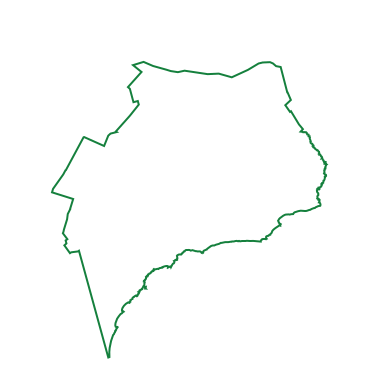 the district of Ravensthorpe, Western Australia, Australia, rotated 345°
{"feature_id": "25037944B73720065991414", "entity_name": "Ravensthorpe", "entity_type": "district", "adm_level": 2, "iso_a3": "AUS", "parent_name": "Australia", "parent_adm1": "Western Australia", "projection": "orthographic", "projection_center": [120.16, -33.684], "detail": "fine", "context": "isolated", "style": "outline", "palette": "green", "viewbox_px": 384, "rotation_deg": 345, "n_neighbors": 0, "source": "geoboundaries", "source_scale": "gbopen_adm2", "svg_char_len": 6038}
<svg xmlns="http://www.w3.org/2000/svg" viewBox="0 0 384 384"><g transform="rotate(345 192 192)"><path d="M178.9,53.8L167.9,54.2L174.3,63.0L157.3,74.1L158.7,76.3L158.7,90.1L163.2,90.1L163.2,93.8L151.8,102.2L134.0,113.9L134.7,114.6L128.4,114.5L125.7,115.9L119.0,124.8L102.0,111.0L101.4,111.1L75.8,138.3L75.4,138.3L72.2,141.7L58.6,153.0L56.7,156.1L75.4,168.0L69.7,177.1L69.8,177.2L66.3,181.1L64.3,186.0L58.6,195.1L57.4,197.4L56.6,198.4L59.4,205.3L57.4,206.1L57.4,209.2L54.9,210.5L58.3,219.5L59.7,219.0L66.6,219.9L67.6,219.5L68.3,330.2L69.5,330.1L70.7,325.2L72.1,321.3L75.3,314.9L78.8,309.7L79.7,309.2L80.7,307.9L81.3,307.5L81.7,306.5L82.4,306.3L82.6,306.0L82.5,305.8L83.0,305.5L83.2,305.0L85.2,303.3L85.1,303.1L83.9,303.1L83.8,302.6L83.4,302.3L83.4,300.9L84.2,298.8L86.9,295.0L89.1,293.1L91.4,291.4L92.9,291.0L94.2,290.1L95.0,289.9L94.7,289.4L93.8,289.3L93.7,288.8L93.7,288.1L94.1,287.2L94.9,286.0L96.8,284.3L99.2,282.9L101.8,282.1L102.3,282.2L102.5,282.7L102.7,282.8L102.8,282.4L103.3,282.0L103.9,282.1L104.0,281.5L104.4,281.2L104.5,280.6L105.0,280.6L105.5,280.2L106.1,280.3L106.0,280.5L106.5,279.9L106.8,279.9L107.1,279.0L108.3,278.3L108.7,278.4L109.2,278.0L110.8,277.5L111.4,278.1L111.5,277.9L112.1,278.1L112.2,277.9L112.4,278.1L112.6,278.0L113.5,276.6L113.9,276.3L114.0,276.5L114.4,276.3L114.5,275.9L114.4,275.0L114.6,275.0L114.5,274.8L115.3,274.8L115.6,274.5L115.6,273.7L115.8,273.5L116.4,273.3L116.6,273.6L117.1,273.2L117.8,273.2L118.4,272.6L118.8,272.8L120.6,270.5L121.0,270.4L121.1,270.2L121.7,270.2L122.3,268.1L122.9,267.2L122.7,266.5L122.5,266.3L122.9,266.1L122.8,265.4L123.1,265.4L123.2,265.1L123.9,264.9L124.0,264.5L125.1,263.9L125.4,262.9L125.8,262.7L125.9,262.4L125.7,262.0L127.4,261.0L127.7,261.0L127.8,261.4L128.1,261.1L128.2,260.8L128.0,260.6L128.2,260.3L129.1,260.4L129.1,260.7L129.5,259.8L130.6,259.7L131.0,259.4L131.0,259.5L131.9,259.1L133.5,257.8L133.8,257.8L133.7,258.2L134.0,258.3L134.7,257.2L134.9,257.7L135.4,257.2L135.5,257.5L136.2,257.2L138.9,257.3L139.7,257.7L140.8,257.1L142.7,257.3L143.0,257.1L143.5,257.3L143.9,257.0L144.1,257.3L145.6,256.7L147.9,256.8L149.0,257.1L149.5,257.5L149.8,257.8L149.4,258.4L149.6,258.4L149.5,258.7L150.9,258.3L151.3,258.4L151.5,258.7L152.4,258.3L152.4,259.0L154.1,257.1L155.1,256.3L156.0,256.2L156.5,255.7L157.0,254.8L156.8,254.0L157.3,254.0L158.3,253.3L159.4,253.3L159.5,253.7L159.9,253.7L159.9,253.4L160.5,252.8L160.3,252.5L160.9,251.3L160.9,249.8L161.3,249.4L162.9,249.0L164.4,249.2L165.1,249.6L165.7,249.2L165.9,249.3L166.9,248.4L167.1,248.5L168.2,247.9L168.4,247.5L169.0,247.2L169.5,247.4L170.6,246.6L171.3,246.5L174.1,247.2L174.8,247.5L175.6,248.3L177.4,248.3L180.4,250.2L181.0,250.3L182.1,250.9L184.3,251.4L185.3,252.4L185.5,253.2L186.8,253.0L186.9,253.6L187.1,253.5L187.0,252.8L188.2,251.8L191.1,251.3L191.3,251.4L192.0,250.8L196.4,249.1L198.0,249.0L199.7,249.4L201.6,249.1L204.6,249.1L206.7,248.6L207.3,248.8L210.9,249.0L214.0,249.8L216.3,250.0L217.4,250.3L217.8,250.1L219.6,250.6L221.1,250.6L222.6,250.8L223.7,251.5L224.4,251.6L224.4,251.4L224.8,251.4L225.7,252.1L227.8,252.3L231.1,253.2L232.3,253.3L235.5,254.4L238.5,255.1L245.6,257.7L245.8,257.0L246.5,256.3L247.1,256.2L247.6,255.7L249.6,256.0L251.2,256.7L251.4,256.4L252.0,256.4L251.7,255.6L251.9,254.6L252.2,254.2L253.4,253.9L254.4,254.1L254.9,253.9L255.5,253.4L256.3,253.2L256.6,253.4L256.8,253.0L258.3,252.1L259.6,250.3L261.0,249.4L263.3,248.4L267.2,247.1L268.1,246.9L268.6,247.3L268.8,246.5L269.4,246.0L269.2,245.7L268.3,245.5L268.2,244.3L267.9,244.0L268.0,243.3L267.7,242.1L269.2,240.6L270.2,240.0L274.0,238.5L275.8,238.1L276.9,238.1L279.8,238.7L280.5,239.1L282.0,239.1L284.0,239.5L284.8,238.7L285.8,238.2L289.6,238.0L292.2,238.2L296.5,239.7L297.9,239.9L300.6,239.7L301.8,239.8L302.8,239.4L305.6,239.1L306.4,239.3L307.4,238.8L310.3,238.3L312.3,238.5L312.8,237.7L312.9,236.5L312.6,235.2L311.9,234.9L312.9,233.6L313.1,232.3L312.6,231.5L312.3,231.6L312.7,232.0L312.1,232.2L311.9,232.2L311.7,231.8L311.1,231.8L311.4,231.7L311.6,231.4L311.3,230.7L311.6,230.5L312.0,228.5L313.2,227.7L313.3,227.3L313.3,226.9L313.5,226.7L313.6,225.8L313.0,224.9L312.9,223.7L313.1,223.4L313.1,222.9L313.3,222.9L313.8,221.8L313.7,221.5L314.1,221.2L314.6,221.8L315.3,221.9L315.5,222.4L315.8,222.3L316.0,221.9L315.7,221.5L315.7,220.6L316.1,220.7L318.2,220.2L318.7,219.4L318.7,219.2L319.0,219.2L319.3,218.7L319.1,217.9L319.7,217.8L319.6,217.3L319.9,217.0L321.1,217.1L321.9,215.1L322.5,215.1L323.5,213.8L324.0,212.5L324.3,212.3L324.2,211.5L324.4,211.3L325.5,211.3L325.7,211.1L325.8,210.0L324.6,208.9L324.7,208.4L324.4,208.1L325.1,207.3L325.0,206.8L325.3,206.2L325.3,205.4L325.9,205.1L325.9,204.3L326.8,204.0L326.8,203.8L326.4,203.8L326.5,203.6L327.1,203.5L327.3,202.9L327.1,202.7L327.2,202.4L327.7,201.7L328.2,201.3L328.4,200.6L329.1,200.3L328.9,200.1L328.9,199.8L328.2,200.0L328.0,199.4L327.6,199.2L328.0,198.9L328.5,199.1L328.1,198.3L328.5,198.1L328.4,197.7L328.6,197.5L328.4,197.4L327.3,197.5L327.4,196.7L327.1,196.3L327.3,195.6L326.7,194.8L326.7,193.8L326.4,193.1L326.1,193.1L326.6,192.6L326.5,191.5L325.9,191.1L326.0,190.7L325.8,190.4L325.6,189.2L324.7,188.9L324.9,188.6L324.8,188.1L324.5,187.9L325.0,187.5L325.1,186.1L324.7,185.9L324.6,185.3L324.1,184.1L323.4,184.0L323.2,183.3L322.3,182.6L321.8,181.0L321.1,180.6L321.2,180.2L320.7,179.8L321.3,178.8L321.3,178.6L321.0,178.5L321.3,178.3L320.6,177.2L320.5,176.8L320.6,176.5L319.7,175.9L319.3,175.3L319.4,173.9L319.8,173.8L319.8,173.0L319.5,170.9L320.0,169.9L319.6,169.1L319.9,168.7L319.0,168.3L319.4,167.2L319.0,166.8L319.1,166.6L318.2,166.2L318.2,165.7L318.0,165.2L318.2,164.8L317.8,163.9L317.2,163.6L316.6,163.6L315.8,163.1L314.8,163.1L314.3,162.5L312.6,161.8L315.4,160.0L312.8,154.4L308.5,139.6L307.4,140.0L304.6,132.3L311.3,128.7L310.1,120.5L309.8,120.4L310.0,94.2L305.8,92.2L303.5,88.8L301.0,86.8L293.8,85.2L289.6,85.1L277.7,88.5L260.1,91.5L248.5,84.6L237.6,82.2L216.2,72.9L209.4,72.6L202.8,69.7L199.0,67.3L187.0,60.2L178.9,53.8ZM122.0,273.2L122.3,273.3L122.2,273.1L122.8,271.8L121.9,271.9L121.8,272.6L122.1,273.1L122.0,273.2Z" fill="none" stroke="#15803d" stroke-width="2"/></g></svg>